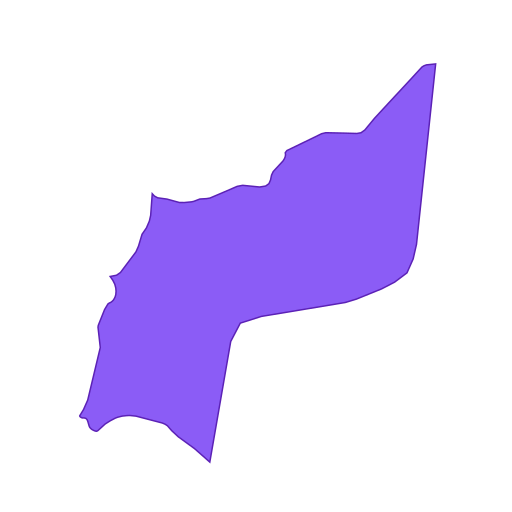 outline of El Oued, rotated 276°
{"feature_id": "DZA-2191", "entity_name": "El Oued", "entity_type": "Province", "adm_level": 1, "iso_a3": "DZA", "parent_name": "Algeria", "parent_adm1": "", "projection": "natural_earth1", "projection_center": [6.786, 33.25], "detail": "fine", "context": "isolated", "style": "filled", "palette": "violet", "viewbox_px": 512, "rotation_deg": 276, "n_neighbors": 0, "source": "natural_earth", "source_scale": "10m", "svg_char_len": 1488}
<svg xmlns="http://www.w3.org/2000/svg" viewBox="0 0 512 512"><g transform="rotate(276 256 256)"><path d="M324.9,235.6L325.0,252.4L326.6,258.3L329.3,261.3L333.1,262.5L338.1,263.0L341.8,264.3L353.3,272.9L355.3,273.9L357.4,274.6L359.6,274.8L361.8,274.3L364.1,275.7L373.9,291.5L384.5,308.5L385.9,312.5L387.4,330.4L388.4,343.5L389.6,347.7L389.8,347.8L392.6,351.0L405.4,359.5L422.0,371.9L443.7,388.2L461.3,401.3L462.7,403.1L463.9,405.5L465.8,414.6L284.4,414.4L269.5,412.6L255.0,407.9L244.5,396.6L236.4,384.3L223.6,360.3L219.1,349.7L196.5,267.7L187.6,247.4L168.4,239.8L46.2,231.6L58.0,215.0L68.0,197.7L73.5,190.4L77.9,185.7L79.2,183.2L80.1,180.3L84.2,153.4L84.2,147.1L83.8,144.4L82.8,139.7L81.2,135.3L80.1,133.1L76.9,128.3L73.2,123.6L65.9,117.1L65.4,116.5L65.0,115.5L65.2,114.0L65.7,112.4L66.4,110.8L67.2,109.6L68.3,108.5L69.5,107.8L73.7,106.1L75.6,105.1L76.7,103.8L77.0,102.0L76.8,100.0L77.5,98.2L78.1,97.6L78.5,97.4L78.9,97.5L85.2,100.5L95.1,103.7L148.7,110.7L168.7,106.3L170.6,106.4L186.9,111.0L192.9,113.8L193.9,115.0L194.7,116.4L195.8,117.6L197.3,118.8L199.3,119.7L200.8,120.2L203.0,120.6L206.3,120.5L209.5,119.9L213.2,118.5L216.8,116.2L220.4,113.1L222.3,119.3L225.4,122.9L247.6,136.2L253.5,138.1L265.7,140.4L272.5,144.1L279.6,146.3L285.4,147.0L307.1,146.3L305.0,148.7L303.6,152.1L303.3,161.5L301.2,174.2L301.7,179.2L303.1,186.1L303.8,188.3L306.8,194.2L307.9,200.8L308.8,204.1L315.3,215.8L323.3,230.0L324.8,235.0L324.9,235.6Z" fill="#8b5cf6" stroke="#5b21b6" stroke-width="1.5"/></g></svg>